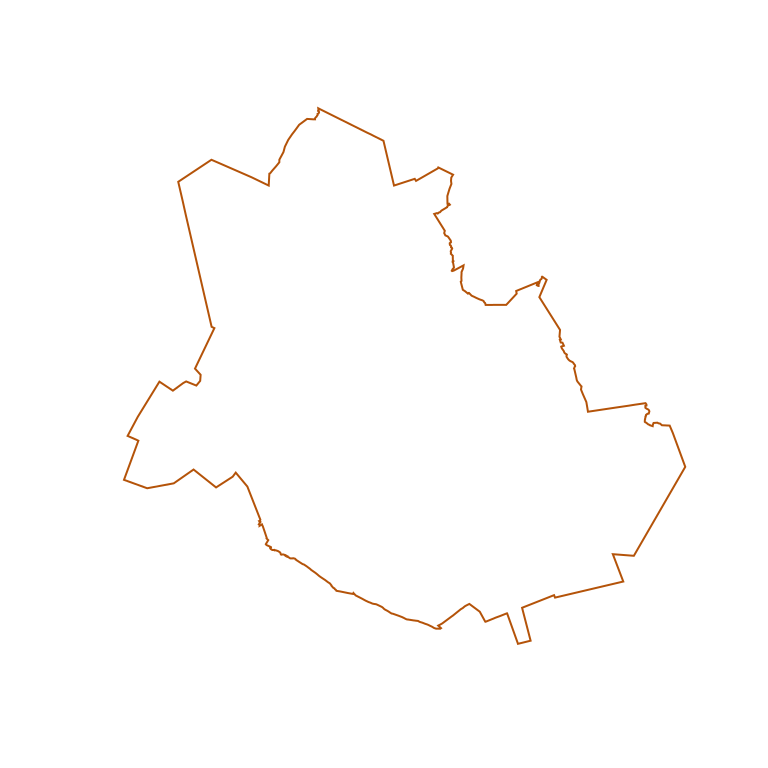 Mexquitic de Carmona, San Luis Potosí, Mexico (orthographic projection), rotated 77°
{"feature_id": "50627088B50616747627760", "entity_name": "Mexquitic de Carmona", "entity_type": "district", "adm_level": 2, "iso_a3": "MEX", "parent_name": "Mexico", "parent_adm1": "San Luis Potosí", "projection": "orthographic", "projection_center": [-101.135, 22.255], "detail": "fine", "context": "isolated", "style": "outline", "palette": "amber", "viewbox_px": 768, "rotation_deg": 77, "n_neighbors": 0, "source": "geoboundaries", "source_scale": "gbopen_adm2", "svg_char_len": 6081}
<svg xmlns="http://www.w3.org/2000/svg" viewBox="0 0 768 768"><g transform="rotate(77 384 384)"><path d="M418.9,658.9L432.3,638.2L433.5,611.2L424.5,588.8L447.0,570.9L440.3,552.3L437.0,548.4L453.2,540.2L488.4,535.0L488.9,535.5L489.7,535.5L490.0,536.2L489.9,536.4L491.0,536.2L491.1,535.9L492.6,537.5L492.8,537.3L493.6,536.9L494.2,537.1L493.3,534.5L494.6,534.3L495.2,534.1L501.0,533.5L507.5,532.9L508.0,533.2L510.1,531.9L513.5,535.2L514.5,534.7L517.4,530.9L517.9,530.9L518.1,531.4L518.2,531.8L518.5,531.8L518.7,531.5L519.2,531.5L519.5,531.3L520.6,530.2L520.7,529.8L520.9,528.8L520.9,528.2L521.0,528.0L521.2,527.9L521.5,527.9L521.6,527.1L521.8,526.7L522.6,525.4L523.0,524.8L523.4,524.4L524.5,523.3L525.0,523.1L525.4,522.9L526.3,522.9L526.9,522.8L527.2,522.5L527.3,520.9L527.6,520.1L527.8,519.8L528.1,519.4L528.5,519.2L529.2,518.7L528.8,518.3L529.8,517.3L530.2,516.8L530.6,517.1L531.3,516.0L531.5,515.8L532.1,515.3L532.8,514.6L532.9,514.2L533.0,513.8L533.4,512.1L533.3,511.8L533.4,511.7L533.8,510.7L534.2,510.0L534.5,509.7L534.9,509.6L535.2,509.6L535.7,509.0L536.3,508.6L536.8,508.0L537.4,507.5L541.2,503.8L541.8,502.7L544.0,500.6L547.9,497.3L548.5,497.0L549.4,496.2L552.6,493.3L554.5,491.8L556.3,490.5L557.8,489.2L561.3,485.9L561.7,485.5L564.5,483.2L565.1,482.6L565.7,482.0L566.1,481.6L568.0,480.7L568.4,480.5L568.7,480.6L570.4,479.7L571.4,479.1L571.9,478.3L572.3,478.2L572.7,478.1L573.1,477.9L573.5,477.4L574.2,477.0L574.8,476.9L576.3,473.3L579.6,466.1L580.6,463.8L581.6,461.4L580.8,460.8L581.5,460.4L582.2,460.0L583.0,459.5L583.6,459.2L584.6,458.0L588.4,453.5L590.3,451.4L591.5,450.0L592.0,449.3L593.0,448.1L593.7,446.9L594.5,445.8L595.0,445.2L595.5,444.4L596.1,443.1L596.7,441.5L597.1,440.8L600.6,436.4L601.1,435.9L602.0,435.2L602.8,434.8L604.0,433.8L604.7,433.0L605.8,431.7L607.0,430.5L608.5,429.1L609.3,428.3L609.8,427.1L613.1,421.9L615.6,418.2L615.9,418.0L616.3,417.4L617.8,415.7L618.4,414.9L618.8,414.0L618.8,413.7L619.4,412.4L619.6,411.7L619.9,411.1L621.1,408.1L621.4,407.2L621.7,406.5L622.5,404.2L622.8,403.8L623.4,403.2L623.9,402.6L625.2,400.3L626.8,398.0L628.2,395.7L629.3,394.3L629.9,393.6L631.3,391.8L633.0,390.1L634.1,388.3L634.3,387.3L634.6,386.1L634.8,385.2L635.1,384.4L634.7,383.4L631.6,385.5L631.1,383.5L630.4,381.1L625.5,369.9L625.4,369.5L625.2,369.1L624.0,366.6L620.7,359.8L620.0,357.6L619.1,355.9L618.7,355.0L618.3,353.6L617.5,350.3L627.4,341.9L638.4,338.8L638.5,338.6L638.3,337.1L637.4,331.5L637.2,330.1L636.8,328.0L636.2,323.1L635.1,315.9L635.1,315.7L635.5,315.6L667.2,311.9L667.3,311.9L667.3,311.7L667.1,298.9L633.1,299.8L628.0,265.8L630.6,265.4L630.3,195.3L601.3,199.3L607.6,179.2L532.5,109.1L496.7,113.6L488.8,115.0L486.7,122.5L484.7,123.9L484.0,125.5L483.2,126.3L482.6,130.1L483.4,130.7L484.9,131.5L485.5,131.7L484.0,134.2L483.6,134.4L482.8,135.6L480.7,137.2L480.0,138.1L479.5,138.4L478.7,138.2L477.4,137.8L476.9,137.4L476.5,137.4L474.9,136.5L474.7,136.6L473.8,135.8L473.4,135.9L473.0,135.6L472.4,134.3L472.3,134.0L472.4,133.9L472.3,133.5L472.4,132.9L472.4,132.7L470.4,131.6L470.0,131.6L469.1,131.8L468.5,132.1L467.9,132.7L467.3,133.5L466.1,134.6L465.5,134.6L464.0,134.2L464.0,133.1L463.2,132.9L462.6,133.0L461.5,133.5L460.6,144.3L460.2,150.2L459.1,163.5L456.9,191.5L452.3,191.2L447.1,190.9L438.7,192.5L433.7,193.3L430.8,192.1L430.6,192.3L425.0,195.0L423.4,195.3L420.9,195.2L412.3,195.2L411.7,195.4L410.0,194.2L409.6,193.7L408.7,193.7L408.3,193.8L407.8,194.1L406.8,194.5L406.7,194.6L406.0,194.8L405.3,195.2L405.0,195.4L404.4,196.3L403.0,197.9L401.8,198.7L401.0,199.1L399.2,199.8L398.4,200.0L397.7,199.9L397.1,199.6L396.8,199.3L396.6,199.2L396.0,199.5L395.4,200.3L394.7,200.8L394.0,201.2L392.1,201.5L389.3,202.7L388.6,202.8L387.4,202.9L387.3,202.7L387.3,201.2L387.2,200.1L383.9,200.8L383.3,202.5L380.4,202.7L380.4,201.7L377.4,202.4L370.9,200.3L334.3,213.1L319.1,202.1L315.1,205.6L315.0,205.8L315.2,206.1L316.0,206.2L317.2,207.1L317.5,208.1L318.0,208.6L320.7,210.1L321.4,210.9L321.7,211.2L322.4,211.1L323.2,211.3L323.1,211.7L322.1,212.9L321.9,212.8L319.4,211.4L323.1,234.3L325.8,234.4L334.4,247.1L329.8,267.2L328.3,267.2L327.6,267.4L327.4,267.6L327.1,267.9L325.6,268.3L324.7,269.2L323.0,271.9L320.8,274.8L318.9,277.1L318.2,278.1L317.9,278.4L317.6,278.8L314.4,280.7L314.3,281.2L314.8,281.9L311.9,284.1L309.9,286.0L301.6,286.2L301.0,285.3L297.7,284.7L293.5,283.5L292.4,283.3L289.3,281.0L286.3,279.8L289.2,290.5L289.3,292.2L288.9,292.5L287.5,291.3L286.4,289.7L285.9,289.6L281.2,289.4L281.0,289.6L280.8,289.7L280.5,289.7L279.9,289.4L279.9,289.2L279.7,289.3L279.5,289.0L279.4,289.1L278.1,288.9L275.7,288.4L274.8,288.2L274.6,288.1L273.0,289.0L272.6,289.3L272.2,289.6L270.9,289.1L270.4,289.2L269.6,289.1L267.4,287.1L266.8,287.2L266.6,287.2L266.0,287.9L265.0,287.6L264.1,287.8L263.7,288.3L263.2,288.5L261.6,288.3L261.1,287.5L261.2,287.2L260.9,286.8L259.3,286.7L254.8,288.5L254.1,289.3L253.0,290.8L250.5,291.4L248.4,290.3L229.6,296.8L229.4,294.0L230.0,293.3L229.9,293.1L229.7,292.9L229.6,292.5L229.4,292.3L229.2,291.7L229.2,291.2L229.2,290.8L228.0,289.1L226.2,283.6L226.0,283.2L225.9,282.9L225.9,282.7L225.3,282.4L225.0,282.2L224.8,281.7L224.3,281.3L224.2,281.3L224.3,280.6L224.3,280.1L224.1,279.5L222.9,280.1L222.9,280.7L222.8,280.9L222.6,281.6L215.1,280.0L208.6,276.3L204.2,273.3L201.1,273.0L198.0,272.0L195.6,269.6L185.2,282.4L186.0,283.0L193.3,307.1L191.0,307.9L192.9,329.6L146.9,329.8L139.8,338.4L137.9,340.6L135.4,343.8L100.7,385.9L101.4,385.9L101.4,386.0L102.2,385.9L102.5,386.6L103.1,386.8L103.5,386.3L104.2,386.1L104.8,386.2L105.6,386.9L105.9,388.0L106.8,388.1L107.1,388.3L107.5,388.9L108.2,389.4L108.7,390.3L109.3,391.1L109.8,391.6L110.6,391.7L110.1,393.7L108.4,399.3L112.3,408.3L117.4,414.2L120.0,417.4L124.6,422.4L130.5,427.2L135.4,429.8L141.9,435.5L144.4,436.1L147.6,440.2L150.9,444.8L152.9,447.3L153.3,448.1L153.3,448.4L164.7,451.7L152.8,466.5L132.9,493.3L126.7,501.7L140.7,539.0L160.7,539.0L174.7,539.1L261.2,539.1L289.5,539.1L291.4,536.7L326.5,564.7L333.8,560.6L339.6,562.4L343.3,567.2L337.0,576.2L337.9,579.4L343.0,591.2L331.2,602.3L360.6,631.3L376.9,645.5L382.4,638.1L384.0,636.1L418.9,658.9Z" fill="none" stroke="#b45309" stroke-width="2"/></g></svg>